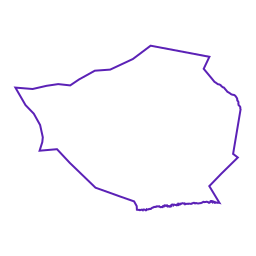 Cagaan-Ovoo, Dornod, Mongolia (Natural Earth projection)
{"feature_id": "93677404B5837746679690", "entity_name": "Cagaan-Ovoo", "entity_type": "district", "adm_level": 2, "iso_a3": "MNG", "parent_name": "Mongolia", "parent_adm1": "Dornod", "projection": "natural_earth1", "projection_center": [113.488, 48.428], "detail": "fine", "context": "isolated", "style": "outline", "palette": "violet", "viewbox_px": 256, "rotation_deg": 0, "n_neighbors": 0, "source": "geoboundaries", "source_scale": "gbopen_adm2", "svg_char_len": 5151}
<svg xmlns="http://www.w3.org/2000/svg" viewBox="0 0 256 256"><path d="M15.4,87.6L25.5,105.1L33.8,113.7L40.1,125.0L42.8,137.3L42.3,142.1L39.6,150.7L57.0,149.2L69.7,162.8L95.5,187.7L120.4,196.6L134.1,201.4L136.7,206.1L136.9,209.7L137.5,209.8L138.6,209.9L138.9,209.9L139.1,210.0L139.4,210.1L139.5,210.0L139.6,209.9L139.8,209.9L140.0,210.0L140.5,210.1L140.8,210.0L141.1,209.8L141.4,209.7L141.7,209.7L142.1,209.8L142.4,210.0L142.7,210.3L142.8,210.3L142.8,210.0L142.9,209.8L143.1,209.6L143.3,209.5L143.7,209.5L144.1,209.5L144.5,209.6L145.0,209.8L145.4,210.2L145.6,210.3L145.8,210.3L146.0,210.3L146.3,210.2L146.5,209.9L146.6,209.7L146.7,209.4L147.0,209.6L147.8,209.4L148.2,209.4L148.4,209.4L148.8,209.1L149.1,209.2L149.4,209.1L149.7,208.9L149.8,208.9L150.1,208.9L150.4,209.0L150.6,209.0L150.9,208.9L151.1,208.7L151.3,208.4L151.6,208.2L151.8,208.1L152.0,207.9L152.4,207.7L152.5,207.6L153.2,207.5L153.6,207.3L153.7,207.2L154.1,206.9L154.3,206.9L154.8,207.0L155.1,207.0L155.4,206.8L155.7,206.9L155.8,206.9L156.0,206.9L156.3,206.7L156.5,206.4L156.8,206.3L157.4,206.3L157.9,206.5L158.2,206.5L158.4,206.5L158.7,206.4L158.8,206.3L159.1,206.2L159.4,206.4L159.6,206.6L159.8,206.8L160.2,207.1L160.4,207.2L160.7,207.2L160.8,207.1L161.1,207.0L161.7,207.0L161.9,207.0L162.0,207.1L162.4,207.1L162.6,207.1L162.7,206.9L162.7,206.4L162.8,206.2L163.0,206.1L163.5,206.3L163.8,206.4L164.0,206.4L164.1,205.9L164.2,205.6L164.3,205.5L164.5,205.3L164.8,205.3L165.0,205.4L165.5,205.7L165.8,205.9L166.0,205.8L166.1,205.6L166.2,205.4L166.4,205.4L166.6,205.4L166.8,205.4L167.0,205.4L167.0,205.5L167.1,205.9L167.1,206.1L167.2,206.3L167.5,206.5L167.8,206.6L168.0,206.5L168.1,206.4L168.2,206.2L168.3,206.1L168.6,206.0L168.8,206.0L169.0,206.2L169.1,206.5L169.4,206.7L169.5,206.7L169.6,206.2L169.8,206.2L169.9,206.3L170.0,206.4L170.2,206.5L170.3,206.6L170.7,206.5L170.9,206.5L171.1,206.3L171.1,206.2L171.0,205.6L171.0,205.4L171.3,205.0L171.7,204.8L171.9,204.6L172.1,204.5L172.3,204.5L172.6,204.5L172.9,204.5L173.1,204.6L173.3,204.9L173.4,205.3L173.5,205.2L173.7,204.8L174.0,204.7L174.3,204.6L174.5,204.7L174.9,204.8L175.2,204.9L175.4,205.0L176.1,205.0L176.3,205.0L176.6,205.3L176.9,205.3L177.0,205.2L177.1,204.6L177.2,204.4L177.4,204.4L177.5,204.5L177.7,204.9L177.8,205.0L178.1,205.1L178.3,205.1L178.5,204.8L178.6,204.7L178.5,204.3L178.3,203.9L178.3,203.7L178.5,203.7L178.6,203.9L178.7,204.1L178.9,204.2L179.3,204.5L179.8,204.6L180.0,204.5L180.3,204.2L180.3,203.9L180.4,203.7L180.9,203.9L181.2,203.9L181.5,203.7L182.0,203.3L182.6,203.2L182.8,203.2L183.0,203.3L183.5,203.6L183.8,203.6L184.4,203.3L184.5,203.3L184.8,203.5L185.0,203.6L185.0,203.8L184.9,204.1L185.0,204.3L185.4,204.2L185.7,204.0L186.0,203.9L186.7,203.8L187.0,203.9L187.4,203.8L187.8,203.7L188.0,203.8L188.3,203.9L188.6,203.8L188.7,203.7L189.3,203.7L189.7,203.7L190.4,203.8L190.8,203.9L191.1,203.9L191.5,203.8L191.7,203.7L191.8,203.5L191.9,203.4L192.4,203.4L192.6,203.3L192.9,203.1L193.0,203.0L193.2,202.9L193.9,202.9L194.3,202.9L194.5,203.1L194.7,203.3L194.9,203.4L195.3,203.4L195.9,203.0L196.1,203.0L196.5,203.2L197.1,203.3L197.6,203.4L198.2,203.5L198.6,203.4L199.9,203.2L200.2,203.1L200.9,203.1L201.0,203.0L201.3,202.9L201.6,202.8L201.7,202.7L202.1,202.6L202.7,202.3L202.9,202.2L203.1,201.9L203.3,201.8L203.5,201.8L204.0,202.0L204.4,202.1L204.6,202.1L204.8,202.0L205.0,202.0L205.4,202.0L205.6,202.0L206.2,201.8L206.8,201.7L207.1,201.8L207.5,202.1L208.1,202.2L208.3,202.2L208.4,202.3L208.6,202.4L208.8,202.6L209.0,202.8L209.2,202.7L209.5,202.7L210.0,202.3L210.1,202.2L210.3,201.8L210.3,201.6L210.5,201.2L210.9,201.0L211.3,201.0L211.6,201.5L211.7,201.8L211.8,201.9L212.0,201.8L212.3,201.6L212.6,201.3L212.7,201.2L213.0,201.3L213.2,201.5L213.3,201.6L213.2,201.8L213.1,202.1L213.1,202.3L213.3,202.2L213.7,202.0L214.2,201.9L214.6,201.9L214.8,201.9L214.9,202.0L215.0,202.2L215.0,202.6L214.9,202.7L214.9,202.8L215.1,202.8L215.3,202.8L215.5,202.7L215.8,202.6L216.2,202.5L216.4,202.5L216.6,202.5L216.9,202.6L217.0,202.7L217.7,202.8L218.1,202.8L218.4,202.6L218.7,202.6L219.4,202.8L209.3,186.1L221.2,173.8L237.8,157.5L233.1,153.9L240.5,109.8L240.6,109.4L240.3,108.6L240.3,108.1L240.3,107.7L240.3,107.2L240.2,107.0L239.9,106.4L239.5,106.0L238.8,105.3L238.6,105.1L238.6,104.7L238.4,104.1L238.3,103.7L238.5,103.0L238.4,102.3L238.3,101.8L238.1,101.3L238.0,101.2L237.7,101.0L237.5,100.8L237.4,100.6L237.3,100.2L237.2,100.0L237.3,99.8L237.2,99.4L237.2,99.1L237.2,98.8L237.1,98.6L236.9,98.1L236.5,97.5L236.2,97.0L235.8,96.5L235.6,96.2L235.2,95.7L234.2,95.0L233.9,94.9L233.6,94.9L233.0,94.8L232.1,94.6L231.1,94.2L230.6,93.8L230.5,93.7L230.3,93.5L229.6,93.1L229.1,92.8L228.9,92.6L228.6,92.4L228.3,92.2L227.9,92.1L227.4,91.8L226.7,90.9L226.5,90.6L226.3,90.4L225.9,90.0L225.3,89.2L225.0,89.0L224.7,88.5L224.2,87.9L224.0,87.7L223.8,87.5L223.5,87.4L223.2,87.4L222.9,87.3L222.6,87.1L222.3,86.8L221.6,86.3L221.1,85.8L220.8,85.3L220.2,84.9L219.8,84.7L219.4,84.5L219.1,84.4L218.3,84.3L217.9,84.2L217.6,84.0L217.1,83.6L216.6,83.3L215.6,82.5L215.0,82.2L214.5,81.9L212.0,78.8L203.7,68.8L209.4,56.8L150.6,45.7L132.9,59.0L110.2,69.6L94.8,70.7L79.1,79.4L70.2,85.4L58.2,84.1L46.6,85.8L32.6,89.0L15.4,87.6Z" fill="none" stroke="#5b21b6" stroke-width="2"/></svg>